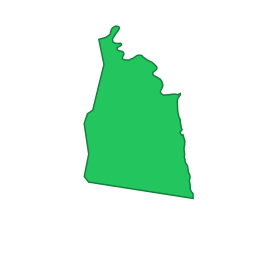 the district of Jefferson, West Virginia, United States of America, rotated 329°
{"feature_id": "52423323B80125448855540", "entity_name": "Jefferson", "entity_type": "district", "adm_level": 2, "iso_a3": "USA", "parent_name": "United States of America", "parent_adm1": "West Virginia", "projection": "albers", "projection_center": [-77.789, 39.316], "detail": "fine", "context": "isolated", "style": "filled", "palette": "green", "viewbox_px": 256, "rotation_deg": 329, "n_neighbors": 0, "source": "geoboundaries", "source_scale": "gbopen_adm2", "svg_char_len": 1600}
<svg xmlns="http://www.w3.org/2000/svg" viewBox="0 0 256 256"><g transform="rotate(329 128 128)"><path d="M147.4,221.8L147.5,221.9L149.9,217.9L149.8,216.5L149.5,215.1L149.6,214.0L150.2,211.6L151.4,210.1L153.4,205.1L154.2,203.8L155.0,203.3L156.3,201.4L156.6,200.4L156.9,198.5L156.8,197.8L159.5,190.9L159.6,190.2L159.3,187.5L159.4,186.9L160.8,184.0L161.2,182.1L163.1,179.5L165.1,175.0L166.1,173.5L167.4,172.3L170.0,168.5L170.2,167.7L171.6,162.0L170.3,162.0L170.2,161.8L170.3,159.0L170.4,158.6L170.9,158.4L171.3,157.8L171.9,157.9L173.4,157.4L173.8,155.0L174.0,154.7L175.0,152.4L175.1,151.9L176.2,149.1L176.4,148.8L177.2,147.7L177.2,147.4L177.1,146.2L177.4,144.6L178.4,141.6L179.5,138.7L184.4,129.8L186.3,128.1L189.7,126.7L190.3,126.1L190.5,125.2L187.9,125.1L185.1,122.7L177.2,119.1L175.4,118.0L174.4,116.4L174.1,114.4L175.0,112.9L178.3,110.9L180.1,108.9L180.9,105.5L180.8,102.8L177.1,96.1L176.9,95.4L177.1,94.2L177.6,93.5L178.5,93.1L182.1,92.5L183.1,92.1L183.8,91.3L184.0,90.3L183.8,88.7L182.4,84.1L179.4,79.4L177.4,74.7L177.2,73.1L176.6,72.4L175.0,71.3L173.2,70.5L168.6,70.8L163.5,70.1L160.5,68.1L158.8,66.1L159.7,64.3L161.5,63.5L162.9,61.9L162.8,59.6L160.2,57.3L159.1,55.4L160.1,53.5L163.6,53.7L165.0,53.6L165.6,52.6L165.4,51.6L162.8,50.3L160.4,48.6L159.4,46.3L160.6,43.6L166.0,40.9L169.8,39.4L171.7,38.3L172.3,37.5L172.1,36.1L170.1,34.4L168.8,34.1L165.9,34.4L164.8,34.9L163.2,36.2L160.9,38.5L155.6,38.9L148.9,37.1L148.6,37.1L140.1,61.2L125.0,76.3L107.0,94.6L100.6,94.9L92.7,101.7L80.9,130.1L65.5,147.1L66.4,154.1L66.5,154.2L147.4,221.8Z" fill="#22c55e" stroke="#15803d" stroke-width="1.5"/></g></svg>